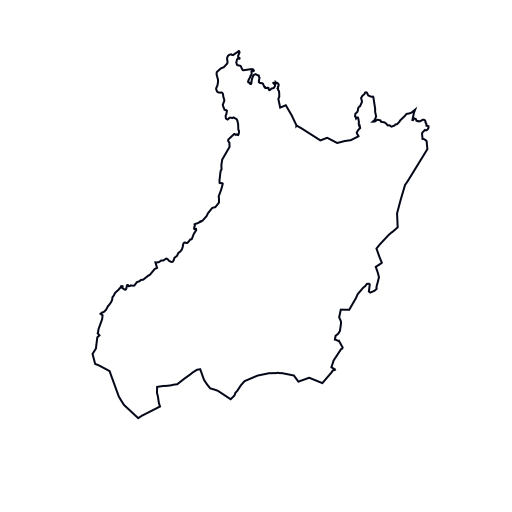 Konstantinovas pag., Dagdas, Latvia, rotated 111°
{"feature_id": "27541924B71818546023925", "entity_name": "Konstantinovas pag.", "entity_type": "district", "adm_level": 2, "iso_a3": "LVA", "parent_name": "Latvia", "parent_adm1": "Dagdas", "projection": "natural_earth1", "projection_center": [27.393, 56.066], "detail": "fine", "context": "isolated", "style": "outline", "palette": "ink", "viewbox_px": 512, "rotation_deg": 111, "n_neighbors": 0, "source": "geoboundaries", "source_scale": "gbopen_adm2", "svg_char_len": 5944}
<svg xmlns="http://www.w3.org/2000/svg" viewBox="0 0 512 512"><g transform="rotate(111 256 256)"><path d="M68.4,214.1L70.8,214.5L74.0,212.3L74.5,212.3L78.8,212.5L79.5,213.2L81.5,213.6L83.3,213.1L85.3,213.1L87.6,214.2L90.1,213.6L90.5,212.8L91.8,211.8L90.5,211.3L90.2,210.5L91.7,209.3L94.5,207.7L95.6,207.6L97.6,206.2L97.2,205.9L99.2,204.6L101.7,205.7L104.6,206.2L105.8,205.3L107.1,203.5L107.5,203.2L113.9,209.0L116.9,214.4L121.4,220.7L120.2,231.1L120.2,232.0L125.0,237.3L120.5,259.4L119.7,264.7L120.2,264.9L119.4,265.2L111.9,273.1L104.6,282.2L108.8,286.6L101.4,291.4L98.8,291.4L96.9,292.2L95.2,292.9L93.7,293.8L93.1,294.8L92.2,295.2L92.0,295.9L91.0,295.7L90.2,296.2L89.6,295.9L88.3,296.1L87.7,296.4L87.1,297.3L86.9,298.3L87.8,299.1L87.4,299.5L86.8,299.6L86.6,300.1L87.2,299.9L87.7,300.1L88.0,301.7L88.2,301.9L88.4,301.8L89.1,300.0L89.5,299.5L90.8,299.2L92.3,299.5L93.1,299.9L94.1,301.5L95.8,302.3L96.4,303.0L96.0,303.7L94.6,304.6L94.7,305.4L95.6,306.5L95.8,307.5L95.2,307.9L95.4,308.1L95.3,308.6L92.6,311.4L92.5,312.4L93.1,314.2L92.8,315.3L92.5,315.7L91.3,316.1L88.3,316.6L87.5,317.6L86.7,317.9L86.5,318.2L86.6,319.9L86.4,321.5L86.6,321.9L87.9,323.0L90.0,323.3L93.5,323.0L96.5,322.2L97.3,322.4L97.4,322.7L96.9,323.1L97.1,323.6L96.5,324.1L96.7,325.1L96.6,325.5L96.0,325.9L93.9,326.0L91.2,325.5L90.0,325.8L88.9,325.3L88.2,325.3L87.2,325.5L85.2,326.4L84.5,325.8L84.5,324.8L83.9,324.4L83.5,324.5L82.9,325.6L82.9,326.5L83.5,327.9L87.1,334.3L87.2,335.0L85.9,336.6L84.5,337.9L84.1,338.6L84.1,339.5L84.5,341.4L84.3,342.3L82.3,343.8L79.3,344.1L78.4,343.9L78.1,343.3L77.9,342.3L77.5,342.1L77.2,342.2L76.8,343.7L75.8,344.4L71.9,344.3L71.5,344.5L71.3,345.1L70.8,345.4L70.9,345.7L72.2,346.2L73.9,347.6L76.6,349.4L76.9,350.4L76.6,351.3L76.9,352.0L78.1,353.3L79.3,353.9L80.8,354.0L82.5,353.6L84.8,352.2L86.5,351.8L91.3,353.7L93.5,356.1L98.3,358.5L99.8,358.2L100.7,357.8L105.0,354.7L107.1,353.8L110.9,353.1L112.8,353.3L114.1,353.2L114.8,352.8L116.5,351.1L116.7,350.6L116.7,349.0L116.1,347.5L115.7,347.0L115.8,346.0L116.5,345.0L119.8,343.1L120.4,342.4L122.4,341.2L126.7,341.2L127.7,340.6L130.7,337.8L130.8,337.0L130.5,335.8L130.8,335.2L134.3,334.5L136.0,334.6L137.7,333.8L138.5,333.1L138.8,331.5L138.3,331.1L136.7,330.4L136.0,329.6L135.7,327.5L134.7,326.7L135.2,323.1L136.6,321.7L139.4,319.9L143.9,318.0L144.8,317.4L145.3,316.7L146.0,316.4L148.1,315.9L149.5,316.0L149.6,316.5L149.3,316.9L149.2,317.2L149.7,318.0L150.1,318.2L150.1,319.2L149.7,319.7L149.9,320.1L157.0,323.5L157.9,323.5L158.8,323.0L159.8,321.4L163.7,319.8L178.1,322.1L183.6,320.9L187.5,319.2L189.1,319.5L191.5,319.0L198.8,317.1L200.8,316.2L200.9,315.8L200.1,313.6L200.5,312.9L206.3,312.3L213.8,312.2L215.3,311.3L219.4,309.7L225.0,311.5L226.3,313.5L227.1,314.2L233.4,316.2L236.4,316.4L242.4,318.7L243.6,320.4L244.5,320.8L244.5,320.6L246.5,322.5L248.3,324.7L248.7,324.6L249.5,324.0L251.2,324.0L252.8,323.5L252.9,322.9L252.1,322.0L252.1,321.8L253.2,321.1L257.8,322.0L263.1,322.0L263.7,322.4L264.1,323.3L266.6,324.0L268.5,324.9L268.7,325.2L268.9,327.3L269.2,327.7L269.7,328.0L271.2,328.2L274.2,327.6L276.7,327.6L279.0,328.3L281.0,329.6L284.1,329.8L287.0,331.5L289.5,331.3L291.2,331.7L291.8,332.5L291.9,333.2L291.7,335.3L290.8,337.1L290.5,338.2L290.6,338.9L293.4,340.9L294.2,342.9L296.6,344.5L297.1,345.3L297.2,345.8L297.6,346.3L298.0,347.6L302.6,344.1L304.4,345.9L311.5,348.3L312.3,348.8L312.5,349.3L318.5,352.8L319.3,354.2L319.4,354.7L321.5,355.9L323.0,357.8L327.2,359.0L327.5,359.4L328.1,361.0L328.3,362.4L329.1,362.9L329.8,364.0L329.0,365.2L329.2,365.7L330.0,365.9L332.8,365.4L333.8,365.5L334.3,365.9L334.4,366.8L333.7,369.4L332.1,369.7L332.1,370.2L332.5,371.1L334.3,371.2L335.5,372.0L336.1,371.9L340.2,374.0L341.7,374.5L343.6,374.5L345.9,375.2L348.6,374.6L350.8,374.7L354.7,375.7L355.9,376.3L357.8,376.4L359.9,376.7L362.4,377.8L363.6,378.8L363.9,379.5L365.7,380.4L366.3,378.0L370.1,377.0L380.7,376.8L384.4,376.0L384.9,376.1L386.2,373.7L388.8,375.0L399.8,372.3L406.0,373.5L414.0,367.8L414.4,367.4L414.4,363.6L415.9,351.5L436.3,333.8L439.3,330.0L442.4,325.8L449.6,307.9L445.9,305.2L430.9,291.7L428.0,294.0L421.7,297.6L419.3,299.4L413.6,301.4L410.2,295.3L409.9,294.2L408.1,290.6L407.0,288.7L405.6,286.7L404.0,283.6L396.0,278.8L390.1,274.9L387.5,273.4L383.4,270.4L381.7,267.5L390.2,260.2L393.3,255.9L396.0,251.3L395.6,246.8L395.5,243.4L398.8,228.3L393.9,226.1L391.0,226.2L388.7,225.2L382.2,223.8L376.9,221.8L367.1,211.7L360.8,201.9L358.2,195.5L357.1,193.5L356.9,191.9L356.0,189.6L354.0,177.8L358.1,171.4L350.6,162.7L350.9,148.5L337.4,143.7L335.6,143.4L333.9,141.5L333.5,141.9L332.9,145.7L325.7,146.1L312.5,143.2L311.5,142.3L310.4,142.3L305.6,148.0L305.9,148.1L305.6,151.1L305.8,152.4L302.0,153.1L299.1,151.4L295.9,150.8L288.7,152.4L286.7,153.2L283.4,156.4L275.7,157.6L272.8,149.7L259.4,147.6L255.2,147.4L247.3,144.6L244.8,143.2L242.3,142.5L241.4,140.5L241.8,139.6L248.7,137.9L249.2,136.2L246.0,132.9L243.4,131.6L242.1,132.3L240.8,132.6L237.3,132.9L231.8,133.6L228.3,136.0L223.2,140.3L218.4,136.8L217.2,136.1L213.1,140.0L205.9,146.2L200.9,144.6L188.6,139.6L185.1,137.7L184.9,137.4L178.5,134.0L165.6,139.6L151.6,141.1L136.2,142.3L131.8,141.2L94.8,134.3L87.6,137.9L87.3,138.4L86.7,141.0L86.7,141.9L87.0,142.5L82.4,144.8L81.2,144.9L77.8,143.5L77.8,142.2L76.7,141.4L75.7,141.0L74.7,140.9L73.0,141.5L73.1,143.0L73.3,143.5L72.8,143.9L71.4,144.4L70.7,145.6L69.7,145.9L68.9,146.8L68.6,147.8L68.9,149.0L71.6,151.3L72.0,152.5L71.8,152.5L72.3,154.6L70.9,155.8L70.8,157.6L72.9,158.1L73.0,158.7L65.6,159.9L62.4,159.9L66.3,162.1L68.0,164.0L69.4,166.4L72.1,167.3L78.0,170.1L79.0,170.1L82.1,171.4L82.6,171.9L83.0,172.7L84.7,173.6L86.7,175.9L86.6,176.7L86.2,177.8L86.2,178.4L86.9,179.9L85.9,181.6L85.2,183.8L85.9,187.3L84.8,188.4L85.3,191.6L87.8,193.2L88.3,194.1L88.7,195.1L87.0,194.2L86.0,193.9L82.6,193.9L78.6,196.5L75.9,197.5L65.6,203.4L65.3,203.8L66.0,205.5L65.9,208.7L65.0,209.8L64.0,210.6L63.7,211.3L63.8,212.0L63.9,212.3L64.3,212.7L65.9,212.8L68.4,214.1Z" fill="none" stroke="#020617" stroke-width="2"/></g></svg>